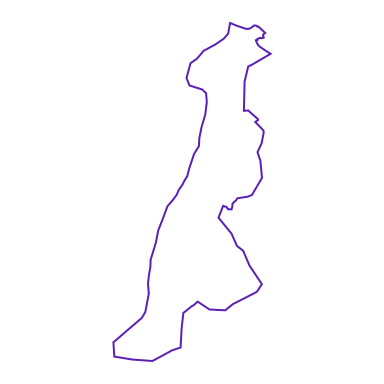 outline of Ogbaru, Anambra, Nigeria
{"feature_id": "59680162B97395677882832", "entity_name": "Ogbaru", "entity_type": "district", "adm_level": 2, "iso_a3": "NGA", "parent_name": "Nigeria", "parent_adm1": "Anambra", "projection": "albers", "projection_center": [6.751, 5.908], "detail": "fine", "context": "isolated", "style": "outline", "palette": "violet", "viewbox_px": 384, "rotation_deg": 0, "n_neighbors": 0, "source": "geoboundaries", "source_scale": "gbopen_adm2", "svg_char_len": 1970}
<svg xmlns="http://www.w3.org/2000/svg" viewBox="0 0 384 384"><path d="M230.1,23.0L228.8,30.1L228.5,31.7L228.2,33.6L226.7,35.3L223.7,38.8L218.0,42.6L215.1,44.6L203.5,50.9L197.0,58.7L190.5,63.2L186.5,78.1L189.5,85.5L202.2,89.5L206.1,93.2L206.8,102.0L205.3,114.5L201.7,126.5L199.4,137.8L199.2,140.6L198.9,146.1L194.1,153.9L189.4,167.9L187.2,176.3L184.6,180.4L182.5,184.6L178.8,189.9L176.8,194.6L173.1,199.7L167.5,206.2L163.0,218.3L158.2,230.6L155.9,242.6L154.5,247.1L150.6,259.9L150.4,266.8L149.0,274.9L148.0,283.7L148.8,293.8L145.3,312.0L141.9,317.8L113.4,342.3L114.3,356.6L132.2,359.5L152.4,361.0L164.0,354.8L171.9,350.4L180.6,347.5L181.6,328.6L183.4,312.8L185.3,311.5L188.3,309.0L191.5,306.4L193.9,305.0L195.4,303.7L197.7,301.6L209.5,309.5L225.2,310.3L232.9,304.1L256.8,291.9L261.9,284.2L252.1,269.5L249.7,266.0L243.1,250.7L237.0,246.0L231.5,233.6L218.5,217.7L223.1,205.9L224.0,206.3L224.3,206.4L224.7,206.6L225.4,206.5L225.9,206.6L226.2,206.7L226.7,207.2L227.2,207.9L227.2,208.2L227.7,208.6L227.9,209.2L230.3,209.3L231.6,209.3L231.8,208.2L232.2,207.3L232.3,206.1L232.4,205.7L232.5,205.2L232.4,204.7L232.5,203.6L233.2,203.1L233.8,202.1L234.2,202.0L234.6,201.6L236.0,200.4L237.4,198.3L247.6,196.7L251.9,195.0L262.0,177.9L260.4,160.9L257.5,152.1L261.6,143.4L263.7,132.6L263.4,130.4L255.3,122.0L258.1,119.9L257.8,119.0L251.4,113.4L249.9,112.0L248.4,110.5L243.9,110.8L244.6,81.5L248.2,66.5L252.3,64.5L270.6,53.8L265.2,50.4L259.7,46.6L258.3,45.3L257.0,43.1L256.0,40.7L255.9,40.2L257.6,39.9L257.6,39.6L257.5,38.8L258.6,38.5L259.3,38.2L259.8,38.0L260.3,37.9L261.0,38.1L261.4,38.2L262.2,37.8L262.3,38.1L263.7,37.7L263.6,37.1L263.3,36.1L263.1,35.4L263.1,35.1L263.1,34.9L263.1,34.7L263.3,34.5L263.8,34.1L264.1,33.8L265.2,33.0L264.4,32.2L258.9,27.0L258.4,26.7L257.9,26.6L257.4,26.7L257.1,26.1L256.4,25.7L254.3,25.4L253.3,26.1L251.6,27.4L251.0,27.8L250.3,28.2L249.4,28.6L248.4,28.9L245.7,28.8L243.8,28.1L237.2,25.9L230.1,23.0Z" fill="none" stroke="#5b21b6" stroke-width="2"/></svg>